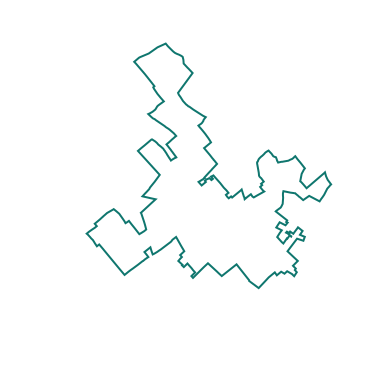 the district of Temax, Yucatán, Mexico, rotated 224°
{"feature_id": "50627088B89338735771017", "entity_name": "Temax", "entity_type": "district", "adm_level": 2, "iso_a3": "MEX", "parent_name": "Mexico", "parent_adm1": "Yucatán", "projection": "mercator", "projection_center": [-88.871, 21.173], "detail": "fine", "context": "isolated", "style": "outline", "palette": "teal", "viewbox_px": 384, "rotation_deg": 224, "n_neighbors": 0, "source": "geoboundaries", "source_scale": "gbopen_adm2", "svg_char_len": 6013}
<svg xmlns="http://www.w3.org/2000/svg" viewBox="0 0 384 384"><g transform="rotate(224 192 192)"><path d="M287.2,278.6L290.0,281.1L292.5,282.7L293.7,282.6L294.6,282.4L296.9,281.7L298.5,281.0L300.6,280.3L302.0,280.1L303.8,280.0L310.6,280.1L314.0,280.5L317.3,272.1L319.3,261.6L323.0,253.0L323.4,251.8L324.0,245.5L321.5,245.4L316.3,244.9L308.0,244.1L300.4,243.1L292.5,242.0L292.6,240.4L290.8,239.8L285.1,238.6L284.4,238.5L282.5,238.3L280.0,238.0L275.2,237.6L276.4,231.0L276.5,229.5L275.7,226.1L275.7,225.5L276.1,222.3L276.9,219.5L277.6,217.7L274.3,217.7L271.4,217.8L269.3,218.5L267.9,218.6L257.5,220.4L255.8,220.5L252.9,221.1L251.4,221.3L249.4,221.4L245.9,221.6L244.6,221.5L242.3,221.3L242.6,218.9L242.6,218.2L242.8,216.4L242.9,215.3L242.9,214.7L243.1,211.4L243.3,209.8L243.4,208.5L242.4,208.4L241.5,208.3L240.7,208.2L240.1,208.1L239.7,208.0L238.7,207.9L237.3,207.7L236.5,207.6L234.6,207.2L234.1,207.2L233.1,207.0L232.8,206.9L232.3,206.9L231.9,206.8L231.5,206.7L230.1,206.5L229.6,206.4L228.4,206.2L227.6,206.1L227.3,206.0L227.6,205.3L227.8,204.7L228.0,204.4L228.1,204.0L228.2,203.5L228.5,202.4L228.7,201.7L229.0,200.0L229.7,200.2L230.2,200.3L231.9,200.7L232.3,200.7L232.5,200.8L232.9,200.9L233.3,201.0L235.8,201.6L237.1,202.0L237.5,202.1L238.5,202.3L239.0,202.4L239.3,202.5L240.7,202.8L241.1,202.8L241.7,202.9L242.3,203.1L242.8,203.2L243.4,203.2L243.9,203.1L245.3,203.1L247.1,202.9L249.4,202.7L250.8,202.9L251.2,202.9L251.9,202.9L253.7,202.8L256.2,202.3L257.3,202.1L257.6,201.6L258.5,192.4L259.0,188.3L259.4,184.0L256.3,183.8L243.9,183.0L227.1,181.9L225.9,173.0L225.9,172.7L225.3,165.9L224.9,164.9L224.8,164.2L224.7,160.7L224.7,160.3L224.7,157.9L224.6,154.5L223.9,154.9L216.8,159.2L213.1,161.5L213.5,155.3L213.7,151.6L213.8,149.9L213.9,148.2L214.3,141.5L213.7,141.4L206.0,137.4L202.8,135.6L198.9,133.2L199.2,130.5L199.6,129.0L199.9,127.7L200.6,125.1L208.4,126.2L213.3,126.8L217.3,127.4L217.7,125.2L218.2,123.4L220.1,124.0L222.9,124.6L229.2,125.8L232.7,125.6L236.4,125.3L236.6,124.4L238.5,117.9L238.7,115.3L238.9,113.1L239.2,108.3L239.5,105.2L239.9,101.6L236.8,101.3L237.0,99.1L237.3,97.6L237.7,95.9L238.5,91.8L238.8,88.9L237.6,89.0L235.7,88.9L234.4,88.8L233.9,88.8L232.6,88.6L229.8,88.6L228.7,88.3L228.2,88.2L227.1,87.9L226.4,87.7L222.7,86.9L222.3,89.8L216.2,89.2L214.7,89.0L190.7,86.3L182.9,85.5L182.3,90.6L181.8,93.7L181.4,95.7L180.3,102.2L179.5,108.0L179.3,108.3L179.0,111.2L178.2,114.9L180.7,115.3L182.8,115.6L184.5,115.8L183.5,123.3L180.3,121.5L177.5,120.1L176.9,119.8L176.3,121.4L175.4,124.7L174.9,127.4L174.6,128.5L172.6,141.4L172.6,142.3L172.9,144.0L172.2,148.6L170.1,148.0L166.8,147.0L165.1,146.5L162.5,145.7L160.0,145.0L158.8,144.7L157.8,144.4L156.4,144.0L156.6,140.0L156.7,138.4L154.1,138.2L154.1,135.4L153.9,132.9L148.2,133.0L148.2,132.3L146.5,132.3L145.7,132.3L145.6,137.4L143.6,137.2L139.4,136.9L136.8,136.5L133.9,136.3L134.0,131.1L131.6,130.9L131.4,142.1L131.3,146.1L131.0,151.8L118.9,152.1L117.1,152.1L116.5,152.1L112.2,152.2L109.7,170.9L89.6,168.2L89.0,167.7L77.3,169.2L77.4,178.9L77.5,183.9L76.6,191.7L73.1,191.0L72.5,196.6L68.7,197.5L68.5,201.1L62.8,202.5L62.7,202.4L60.0,202.4L60.9,207.1L63.8,207.3L64.1,209.0L68.1,209.1L68.0,215.9L74.0,215.8L82.1,215.7L82.7,220.5L84.0,231.4L78.0,234.3L79.7,238.1L84.6,236.2L85.4,240.8L91.2,240.2L91.0,239.1L90.5,235.0L90.1,232.3L94.0,231.7L93.9,230.0L96.2,229.4L96.1,228.1L95.5,228.3L93.8,228.9L93.9,229.9L93.1,230.0L92.9,228.7L89.8,229.1L89.7,228.8L90.8,228.7L91.6,228.6L91.0,224.6L91.5,224.6L90.5,218.4L92.6,218.3L99.4,218.8L100.4,223.5L100.8,226.8L106.7,225.0L107.9,231.1L101.6,233.0L101.9,236.4L103.4,235.9L103.8,237.7L118.3,236.2L118.3,236.8L117.9,239.3L117.4,242.3L117.4,242.5L117.6,243.5L117.9,244.5L118.1,245.1L118.5,246.4L118.9,246.9L122.4,251.1L124.4,252.9L125.7,254.3L126.8,256.1L120.8,259.9L118.5,261.6L118.4,261.7L118.2,261.8L117.3,262.4L116.9,262.8L115.9,262.8L115.5,262.8L113.3,263.0L111.5,263.0L110.8,263.2L106.4,263.4L105.0,270.6L93.7,273.9L94.2,276.5L94.5,278.9L95.0,281.8L97.0,288.3L97.1,289.9L97.1,291.4L97.3,292.7L97.2,294.1L100.2,294.6L102.8,295.0L106.4,296.4L110.0,298.5L110.0,297.6L112.2,274.3L114.9,274.6L117.1,274.8L120.1,275.0L121.6,274.9L125.7,281.2L127.0,285.7L127.2,287.4L135.0,288.5L135.4,288.5L139.0,288.9L142.6,289.5L142.7,288.6L142.7,286.8L142.9,285.4L143.8,283.4L144.4,281.5L148.1,276.4L148.7,275.8L150.5,273.0L152.2,273.6L152.5,273.6L153.8,274.4L155.8,275.3L157.1,274.6L158.4,274.2L161.4,274.8L164.7,274.9L165.7,275.0L166.1,273.8L166.3,272.7L166.5,271.9L166.6,271.2L166.5,269.1L166.6,267.0L166.6,266.7L166.7,266.3L166.8,265.9L166.9,263.3L166.8,262.0L166.5,261.1L166.3,260.5L165.8,259.6L165.9,258.9L165.5,258.2L164.4,257.3L164.2,257.2L157.3,252.2L155.2,250.4L154.3,250.0L153.0,249.9L151.8,250.0L147.6,249.3L148.0,245.9L146.3,245.7L146.4,244.3L146.5,243.0L145.8,242.9L144.7,242.7L144.0,242.6L143.1,242.5L141.9,242.4L141.3,242.4L140.4,242.5L141.0,240.5L141.5,238.8L142.7,234.9L143.8,231.0L145.3,230.7L148.1,231.3L148.3,229.9L148.7,227.3L149.1,223.4L149.7,223.8L149.7,224.4L150.0,224.6L151.3,224.6L152.7,225.4L158.0,228.3L158.0,228.1L158.1,226.3L159.0,218.5L159.3,215.9L160.8,216.0L161.2,213.0L163.1,213.0L165.6,213.5L165.2,216.7L168.3,217.1L172.2,217.2L177.9,218.0L185.7,218.6L188.1,218.8L188.5,217.6L189.0,216.3L186.1,216.0L186.3,214.1L189.2,214.0L189.7,212.3L190.2,211.5L190.4,209.8L190.5,209.0L189.0,208.8L189.6,203.4L194.3,203.8L193.7,205.9L193.4,207.2L192.5,210.8L193.1,210.9L193.3,218.1L193.3,221.5L193.4,222.2L193.5,229.6L198.1,230.2L198.6,230.1L199.1,230.3L201.3,230.5L202.5,230.7L205.4,231.1L205.5,231.1L213.1,231.9L213.8,232.0L213.7,232.6L213.1,237.9L212.8,240.9L214.7,241.4L217.7,242.1L220.0,242.5L222.8,243.0L225.1,243.3L227.7,243.6L229.6,243.8L231.0,243.9L232.1,244.0L233.5,244.2L233.2,245.9L232.9,247.1L232.8,248.7L233.2,251.0L233.6,251.5L233.9,253.0L234.1,255.4L236.9,254.5L248.3,252.2L253.3,251.5L254.0,251.1L255.4,251.1L257.1,250.9L261.7,251.2L266.2,252.3L269.0,252.8L270.9,253.6L271.5,258.0L272.1,262.5L274.2,278.0L280.0,278.3L281.7,278.3L287.2,278.6Z" fill="none" stroke="#0f766e" stroke-width="2"/></g></svg>